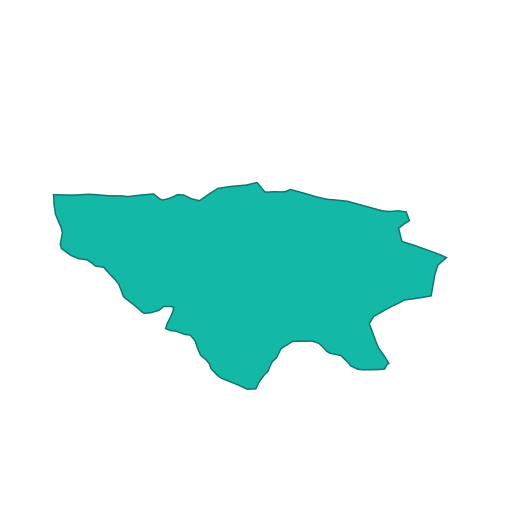 Pshdar, As-Sulaymaniyah, Iraq, rotated 145°
{"feature_id": "34846034B40807866261239", "entity_name": "Pshdar", "entity_type": "district", "adm_level": 2, "iso_a3": "IRQ", "parent_name": "Iraq", "parent_adm1": "As-Sulaymaniyah", "projection": "robinson", "projection_center": [45.138, 36.265], "detail": "fine", "context": "isolated", "style": "filled", "palette": "teal", "viewbox_px": 512, "rotation_deg": 145, "n_neighbors": 0, "source": "geoboundaries", "source_scale": "gbopen_adm2", "svg_char_len": 1870}
<svg xmlns="http://www.w3.org/2000/svg" viewBox="0 0 512 512"><g transform="rotate(145 256 256)"><path d="M386.7,422.4L388.2,419.7L391.3,415.1L396.2,405.4L397.8,398.5L399.3,391.2L401.2,386.1L405.4,382.0L409.6,377.9L411.1,373.7L407.3,362.7L402.7,355.4L396.6,349.8L394.3,343.9L393.5,340.2L387.0,333.8L387.0,331.9L386.2,325.5L384.7,314.9L384.7,311.3L386.2,304.8L387.8,298.9L387.4,296.6L384.3,286.9L382.8,281.0L381.6,275.9L380.5,273.1L374.8,269.9L366.7,267.2L360.6,267.6L354.1,263.0L353.0,261.2L356.1,258.0L361.4,254.8L367.5,251.6L371.7,248.3L368.6,243.8L364.8,240.5L360.6,234.6L359.5,232.7L355.3,229.1L354.5,221.7L356.8,213.9L358.3,206.5L356.4,199.2L356.0,194.1L357.5,189.6L356.0,179.9L354.5,175.8L344.9,161.1L339.6,151.9L332.4,147.3L325.9,151.0L317.9,153.7L312.2,154.7L307.6,157.8L303.0,160.2L297.4,160.9L288.8,165.7L275.0,165.1L266.9,159.6L258.8,154.1L254.7,148.6L253.4,143.2L252.7,137.2L251.9,135.4L251.2,134.0L243.5,125.7L241.6,115.2L241.6,111.9L237.4,104.6L233.6,101.4L221.4,93.1L215.5,89.6L211.2,91.9L208.8,91.9L208.3,99.9L208.3,110.8L206.9,117.1L204.5,125.8L202.1,135.5L194.5,139.0L175.4,137.2L165.4,135.5L159.7,134.9L152.1,130.9L144.0,126.9L138.7,124.4L135.4,122.9L129.7,128.6L120.6,137.8L112.5,144.1L108.7,144.7L100.9,145.4L104.7,151.8L119.6,173.1L128.1,184.2L123.3,196.9L115.8,197.3L110.1,196.9L107.7,205.9L113.8,211.6L120.9,215.7L126.7,220.6L133.5,228.8L142.0,239.1L149.8,248.5L159.7,257.1L164.8,261.2L172.6,269.8L179.4,278.4L189.6,290.7L195.0,291.9L198.4,293.9L201.9,296.5L204.5,298.4L209.3,301.3L212.0,303.4L213.0,315.6L223.3,319.7L225.4,320.9L236.9,327.5L248.4,333.2L258.0,333.7L270.6,333.7L276.0,339.8L280.4,347.6L285.2,351.3L290.3,352.1L295.1,353.3L300.5,355.4L302.2,358.2L304.3,365.6L316.5,372.6L327.1,378.3L331.2,382.0L342.1,389.8L350.3,396.7L358.1,402.9L366.3,407.8L373.1,412.3L386.7,422.4Z" fill="#14b8a6" stroke="#0f766e" stroke-width="1.5"/></g></svg>